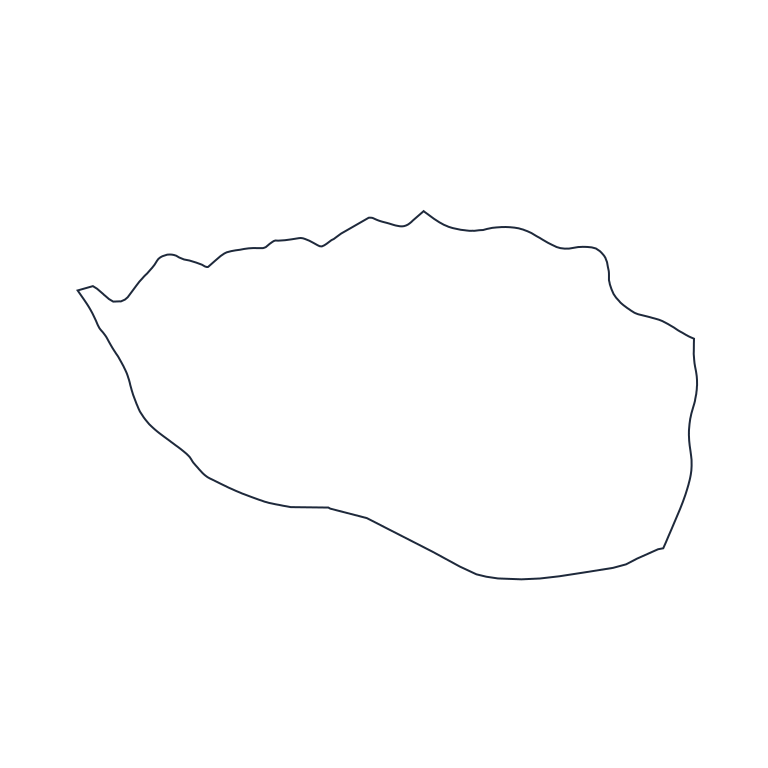 outline of Hoeksche Waard, Zuid-Holland, Netherlands, rotated 8°
{"feature_id": "6326949B49925038629159", "entity_name": "Hoeksche Waard", "entity_type": "district", "adm_level": 2, "iso_a3": "NLD", "parent_name": "Netherlands", "parent_adm1": "Zuid-Holland", "projection": "mercator", "projection_center": [4.434, 51.765], "detail": "fine", "context": "isolated", "style": "outline", "palette": "slate", "viewbox_px": 768, "rotation_deg": 8, "n_neighbors": 0, "source": "geoboundaries", "source_scale": "gbopen_adm2", "svg_char_len": 6056}
<svg xmlns="http://www.w3.org/2000/svg" viewBox="0 0 768 768"><g transform="rotate(8 384 384)"><path d="M487.0,211.2L482.7,211.6L478.3,212.3L477.9,212.4L473.6,213.3L469.5,214.3L465.6,215.7L464.7,216.0L461.2,217.5L460.8,217.7L457.2,218.4L456.4,218.6L452.3,219.7L452.1,219.7L451.6,219.8L450.5,219.9L447.4,220.4L444.0,220.5L442.6,220.5L438.6,220.6L431.4,220.1L430.2,220.0L425.8,219.3L425.3,219.1L421.5,218.1L421.1,218.0L417.5,216.6L416.9,216.4L416.4,216.2L410.6,213.5L399.8,207.7L399.2,207.3L389.8,218.1L388.5,219.8L386.9,221.5L385.5,222.8L383.7,224.0L381.8,224.9L379.9,225.4L377.8,225.6L375.5,225.5L373.4,225.4L371.2,225.1L366.9,224.4L364.7,224.1L360.3,223.6L358.2,223.3L356.0,222.9L353.9,222.4L351.8,221.8L350.2,221.3L349.0,221.1L348.8,221.1L347.4,221.2L346.6,221.3L345.7,221.5L325.0,237.6L320.6,241.0L316.3,245.2L314.1,247.4L312.0,248.8L307.6,253.2L305.5,255.0L303.3,256.4L301.1,256.5L298.9,255.8L294.5,254.1L290.1,252.5L285.7,251.4L283.5,251.0L281.3,251.0L279.5,251.4L276.9,252.2L272.0,253.7L265.9,255.4L259.2,256.8L256.5,257.0L254.9,257.8L253.4,259.1L251.3,261.1L247.9,264.9L246.5,265.7L245.2,266.3L243.3,266.6L238.6,267.2L235.5,267.6L231.1,268.5L226.8,269.7L222.7,271.1L218.4,272.3L214.2,273.7L209.9,275.5L207.7,277.0L204.4,280.0L199.3,285.8L193.9,292.1L193.4,292.6L192.4,292.8L191.4,292.7L190.3,292.5L187.1,291.2L181.1,289.9L174.2,288.8L168.6,288.5L163.5,287.2L160.4,285.9L158.1,285.5L155.9,285.4L153.7,285.6L151.3,286.1L146.8,288.3L144.9,289.7L143.2,291.5L142.1,293.5L140.2,297.8L138.1,301.4L137.6,302.1L135.5,305.3L134.0,307.6L132.6,309.3L131.4,310.9L129.7,313.5L129.0,314.5L127.5,316.7L126.1,319.2L125.3,320.6L121.5,327.6L118.1,333.8L115.7,336.5L112.0,338.8L110.4,339.0L104.4,340.1L101.1,338.7L99.7,338.1L98.5,337.3L97.1,336.4L95.4,335.3L94.2,334.6L93.6,334.1L86.6,329.6L82.1,327.6L67.6,334.0L75.1,342.1L78.8,346.2L81.0,348.8L83.2,351.6L85.5,354.7L87.7,358.0L90.0,361.5L92.2,365.2L93.4,366.9L94.5,368.4L95.1,369.0L95.6,369.5L96.7,370.5L97.8,371.4L98.9,372.4L100.3,373.8L101.1,374.6L102.3,375.9L103.4,377.3L105.6,380.3L107.9,383.3L110.1,386.1L112.3,388.7L113.3,389.8L114.2,390.9L116.8,393.7L119.0,396.6L121.2,399.5L122.3,401.0L123.5,402.6L124.6,404.3L125.7,405.9L127.3,408.4L128.0,409.6L129.1,411.7L129.8,413.2L130.1,413.8L130.2,414.0L130.9,415.4L131.4,416.6L131.8,417.5L132.4,419.0L132.5,419.3L133.0,420.6L133.4,421.5L134.5,424.0L134.9,425.0L135.9,427.1L137.0,429.5L138.2,431.7L139.4,433.9L140.4,435.7L141.7,438.1L142.7,439.7L143.8,441.6L144.9,443.4L145.4,444.1L146.0,445.1L147.2,446.5L149.4,449.0L150.7,450.5L152.7,452.5L155.1,454.7L156.1,455.6L157.2,456.6L158.5,457.5L159.3,458.1L161.6,459.7L163.7,461.1L165.0,461.9L165.3,462.1L166.1,462.6L167.8,463.6L168.5,464.0L172.1,466.0L172.3,466.1L173.0,466.5L176.0,468.1L176.5,468.4L177.5,468.9L180.6,470.6L181.1,470.9L181.4,471.1L182.6,471.7L186.2,473.7L188.7,475.0L192.1,476.9L192.9,477.4L194.6,478.4L195.4,478.9L197.5,480.2L198.1,480.6L198.6,480.9L198.8,481.1L199.0,481.3L199.8,481.8L200.5,482.4L201.2,482.9L201.6,483.3L202.0,483.6L202.5,484.2L203.0,484.8L203.7,485.5L204.4,486.5L205.3,487.5L205.9,488.2L206.3,488.6L206.8,489.0L208.7,490.7L210.5,492.2L211.9,493.4L212.4,493.9L214.5,495.6L216.4,497.2L216.5,497.2L216.8,497.5L217.2,497.8L217.7,498.1L217.9,498.3L218.4,498.6L219.1,499.1L219.4,499.2L219.8,499.5L220.0,499.6L221.1,500.2L221.7,500.5L221.8,500.6L222.5,500.9L223.5,501.3L223.8,501.4L224.5,501.7L225.2,501.9L225.6,502.0L226.0,502.2L226.8,502.4L235.5,505.3L238.9,506.4L241.1,507.1L241.5,507.2L243.2,507.8L245.1,508.4L248.0,509.2L250.0,509.8L252.4,510.5L255.1,511.2L256.7,511.6L258.8,512.2L260.7,512.6L262.5,513.0L268.7,514.4L276.3,516.0L278.0,516.3L278.6,516.4L279.6,516.6L281.4,517.0L282.5,517.2L283.6,517.3L285.0,517.5L286.3,517.7L287.5,517.8L289.3,517.9L293.4,518.2L295.8,518.3L296.4,518.3L301.1,518.6L304.7,518.7L308.8,518.9L346.1,514.1L348.1,514.9L385.7,519.2L409.9,527.6L455.3,543.3L484.4,554.2L502.0,559.6L512.1,560.6L523.9,560.7L547.3,558.3L565.5,554.9L584.4,550.0L608.0,542.9L636.4,534.2L648.8,528.9L658.9,521.7L678.4,509.5L683.4,507.8L685.2,501.5L686.9,495.1L689.0,487.5L689.6,485.2L693.8,469.5L694.6,466.5L695.2,464.0L696.4,458.9L697.9,451.6L698.8,446.2L699.6,440.8L699.6,440.4L700.0,437.1L700.2,434.9L700.3,433.2L700.4,431.1L700.4,429.5L700.4,427.6L700.4,426.9L700.0,422.2L699.1,416.2L698.7,414.7L698.2,412.7L696.9,408.0L695.3,402.5L694.1,397.7L693.2,392.9L693.0,392.0L692.9,390.9L692.9,390.6L692.8,390.4L692.5,387.9L692.4,386.9L692.1,381.0L692.1,380.3L692.1,375.6L692.2,374.7L692.5,370.4L693.4,364.0L693.6,362.7L694.0,360.0L694.3,357.4L694.3,355.8L694.4,353.8L694.5,351.6L694.6,350.6L694.5,348.4L694.5,346.4L694.4,345.0L694.3,344.0L694.2,342.7L694.2,341.6L693.4,336.5L693.3,336.0L692.6,332.8L692.0,330.7L691.2,328.0L689.6,323.4L688.6,320.2L687.7,316.5L687.6,316.0L687.0,313.3L686.5,311.1L686.2,308.2L685.6,303.6L685.2,300.6L684.7,296.0L681.0,295.0L678.8,294.3L677.0,293.6L676.6,293.5L672.3,291.7L670.1,290.9L667.9,290.0L665.6,288.9L663.2,287.7L659.5,286.2L656.9,285.1L653.6,283.9L652.4,283.5L651.1,283.0L647.4,282.1L644.7,281.7L642.5,281.4L640.7,281.2L637.9,280.8L635.2,280.5L626.4,279.6L625.2,279.4L624.1,279.1L623.1,278.9L621.6,278.4L621.0,278.1L618.5,277.0L616.4,275.9L614.7,275.1L614.3,274.9L611.4,273.3L611.2,273.2L610.3,272.7L609.0,271.9L607.6,271.0L607.3,270.8L606.6,270.3L605.4,269.2L601.8,266.2L598.8,262.9L596.1,258.5L593.9,254.1L593.8,253.9L593.2,252.1L592.3,249.8L591.7,245.4L591.3,242.8L591.1,242.0L590.9,241.0L589.3,236.6L587.9,232.3L586.1,229.1L585.8,228.4L585.6,228.2L585.3,227.8L585.0,227.5L584.7,227.0L584.1,226.4L583.7,226.0L583.4,225.7L581.3,223.9L580.8,223.5L579.7,222.7L579.3,222.4L578.7,222.1L577.0,221.3L575.2,220.4L574.9,220.3L570.7,219.8L566.1,220.0L561.7,220.5L560.3,220.8L557.6,221.3L557.4,221.3L553.0,222.7L548.6,224.1L544.2,224.8L539.8,224.9L535.6,224.3L535.5,224.2L534.8,224.0L534.2,223.8L531.0,222.8L526.6,221.3L522.2,219.5L521.2,219.1L517.8,217.6L515.1,216.6L513.4,215.9L509.0,214.0L504.6,212.7L504.1,212.6L501.8,212.1L500.2,211.7L498.4,211.5L495.8,211.1L491.4,211.0L489.3,211.1L487.0,211.2Z" fill="none" stroke="#1e293b" stroke-width="2"/></g></svg>